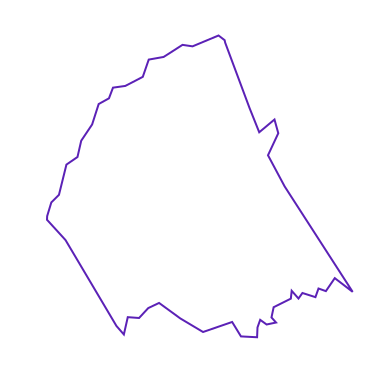 Wilkes, Georgia, United States of America (Equal Earth projection), rotated 353°
{"feature_id": "52423323B5561424774861", "entity_name": "Wilkes", "entity_type": "district", "adm_level": 2, "iso_a3": "USA", "parent_name": "United States of America", "parent_adm1": "Georgia", "projection": "equal_earth", "projection_center": [-82.73, 33.794], "detail": "fine", "context": "isolated", "style": "outline", "palette": "violet", "viewbox_px": 384, "rotation_deg": 353, "n_neighbors": 0, "source": "geoboundaries", "source_scale": "gbopen_adm2", "svg_char_len": 805}
<svg xmlns="http://www.w3.org/2000/svg" viewBox="0 0 384 384"><g transform="rotate(353 192 192)"><path d="M223.0,341.3L238.9,344.1L240.5,334.4L244.1,327.2L249.9,332.6L259.5,331.8L255.6,326.2L259.0,316.3L277.1,309.9L278.9,302.2L284.7,310.7L289.3,305.7L301.7,311.4L305.8,303.2L312.8,306.7L323.2,294.9L339.3,310.7L284.6,197.7L271.9,164.8L284.8,144.2L282.7,130.1L266.0,140.9L259.3,115.5L243.1,47.7L242.9,45.3L237.4,39.9L210.3,47.5L200.5,44.8L180.3,54.5L165.2,55.3L157.2,71.7L138.7,78.6L126.3,78.8L121.0,88.9L110.1,93.3L101.1,112.8L88.3,127.6L82.6,143.3L70.7,149.5L59.6,178.6L51.1,185.2L45.3,198.3L44.7,201.9L60.6,224.3L66.8,238.4L100.7,315.8L107.0,325.1L113.0,308.4L124.1,310.6L134.4,301.9L145.8,298.1L164.9,316.0L185.9,332.3L216.0,325.9L223.0,341.3Z" fill="none" stroke="#5b21b6" stroke-width="2"/></g></svg>